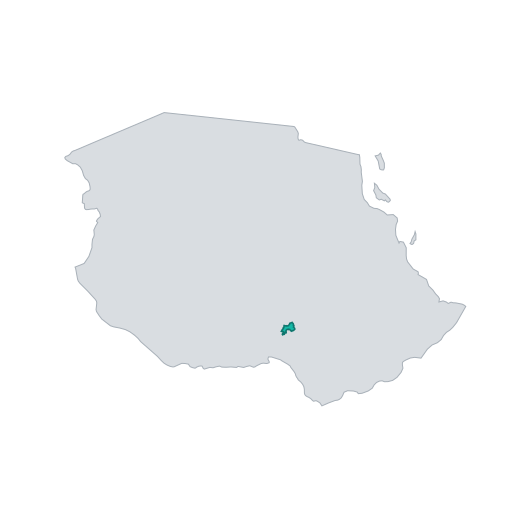 location of Makambako Township Authority, Njombe, United Republic of Tanzania, rotated 337°
{"feature_id": "72390352B34261430797900", "entity_name": "Makambako Township Authority", "entity_type": "district", "adm_level": 2, "iso_a3": "TZA", "parent_name": "United Republic of Tanzania", "parent_adm1": "Njombe", "projection": "mercator", "projection_center": [34.908, -8.902], "detail": "fine", "context": "in_parent", "style": "filled", "palette": "teal", "viewbox_px": 512, "rotation_deg": 337, "n_neighbors": 0, "source": "geoboundaries", "source_scale": "gbopen_adm2", "svg_char_len": 6580}
<svg xmlns="http://www.w3.org/2000/svg" viewBox="0 0 512 512"><g transform="rotate(337 256 256)"><path d="M194.6,351.0L189.5,348.3L184.9,346.7L181.1,344.9L179.4,343.1L175.9,342.4L172.8,342.1L170.0,340.5L164.2,339.9L163.5,338.8L163.4,336.4L162.4,335.7L160.3,335.1L158.0,335.1L156.6,335.5L155.8,335.3L153.9,333.9L152.1,332.1L151.5,329.1L148.8,327.3L145.7,325.8L137.2,326.0L135.9,325.5L133.8,324.0L131.5,321.6L129.5,318.8L127.9,315.1L126.1,310.0L116.4,289.8L115.3,285.9L113.4,281.7L110.3,276.5L107.0,272.7L102.5,269.1L97.4,265.7L94.7,263.3L89.4,253.8L88.3,249.4L87.5,244.8L87.8,242.9L91.1,237.0L91.5,235.3L91.1,233.1L89.4,228.3L87.4,222.6L83.2,212.2L82.6,209.6L82.7,207.6L85.1,197.0L85.1,195.5L94.9,195.7L102.0,191.1L108.3,184.2L109.5,181.3L112.0,176.8L114.5,174.6L115.5,173.1L116.9,168.7L120.2,165.7L123.4,163.4L122.7,161.7L123.2,161.1L124.9,160.0L128.3,158.9L128.9,156.6L128.9,153.9L128.4,152.5L128.5,150.8L128.0,149.8L125.8,149.6L122.5,148.3L119.7,147.7L117.9,147.0L117.2,146.4L116.9,144.8L118.4,140.8L116.9,139.1L120.3,132.4L120.9,131.6L122.2,131.5L124.1,130.8L125.9,130.5L127.4,130.7L128.5,130.5L129.5,129.7L130.3,127.4L131.0,123.6L130.6,120.5L129.2,118.1L128.8,114.5L129.4,109.6L129.0,105.6L127.4,102.3L125.8,100.4L123.4,99.5L119.5,94.5L118.3,92.1L118.5,90.6L119.9,90.0L122.3,90.2L124.6,89.6L126.8,88.3L128.9,87.9L130.0,88.1L227.5,88.1L341.6,151.7L342.1,152.5L343.0,158.0L342.8,159.8L341.0,163.0L340.5,164.7L340.5,165.8L340.9,166.3L342.4,166.4L343.7,167.2L344.2,167.8L345.1,170.1L346.4,171.3L389.7,202.6L390.7,203.1L390.1,205.7L387.6,212.1L387.5,214.8L386.6,217.9L385.6,220.0L383.1,228.9L381.0,232.3L378.2,240.2L377.7,246.2L379.3,250.4L379.9,254.4L383.2,258.2L385.9,259.6L387.7,261.4L390.9,265.5L392.8,269.5L398.5,271.5L400.8,276.1L400.0,279.2L397.3,281.8L394.8,286.0L392.8,291.6L392.7,300.0L394.1,298.8L397.1,300.8L397.5,307.1L394.4,314.3L393.4,317.7L393.3,320.7L395.6,329.4L399.0,333.8L398.8,335.2L397.9,336.4L403.8,344.2L403.3,351.1L405.5,356.4L406.5,361.0L407.9,364.6L408.2,367.0L406.4,369.8L410.7,370.4L413.2,372.7L414.4,374.8L417.5,374.7L419.2,376.1L421.7,377.3L427.0,380.9L428.5,382.7L429.4,384.4L414.6,395.7L409.2,398.6L405.4,400.0L401.4,400.7L397.5,402.5L393.8,405.3L389.1,406.7L383.4,406.7L377.4,408.7L368.0,414.5L362.5,411.3L358.2,410.2L353.2,410.3L350.2,410.7L349.1,411.4L348.2,413.4L347.4,416.7L344.1,419.8L338.4,422.8L333.2,423.9L328.4,423.2L325.1,421.9L323.4,420.2L320.9,419.4L317.6,419.5L314.4,420.8L311.4,423.1L306.6,424.1L300.0,423.8L296.4,422.7L295.9,420.7L293.0,418.4L287.7,415.8L283.8,415.8L281.2,418.3L279.0,419.9L276.9,420.5L275.0,420.6L272.3,419.9L265.0,419.6L258.1,419.7L257.4,416.1L255.9,413.9L254.7,412.6L252.3,412.2L251.6,411.2L250.8,409.0L249.6,407.0L248.1,405.4L247.1,403.9L246.8,402.6L247.0,401.1L248.5,397.4L249.0,394.8L248.8,392.2L248.0,389.5L246.4,386.3L246.5,385.4L246.0,383.3L245.9,381.7L246.2,379.9L245.9,377.4L244.5,372.1L244.5,370.7L243.0,368.1L238.4,362.0L238.2,361.3L230.9,355.1L228.1,353.8L227.0,355.0L226.6,356.0L226.9,358.0L226.7,358.9L226.4,359.4L224.7,359.3L223.7,359.1L220.9,357.5L218.8,357.0L213.5,357.3L211.6,357.7L210.2,357.4L207.4,354.6L204.1,354.0L201.1,353.8L196.3,350.6L194.6,351.0ZM399.3,249.5L401.6,256.1L401.3,257.4L399.7,258.1L398.8,258.2L397.7,257.1L397.0,254.9L395.7,255.4L393.5,252.7L391.4,252.6L389.5,249.4L390.2,246.6L389.8,241.8L392.1,239.4L393.4,235.3L394.9,238.1L395.3,242.5L397.3,247.6L399.3,249.5ZM410.7,209.8L410.9,211.4L410.4,212.8L410.5,217.6L410.4,220.7L408.6,225.0L407.1,226.6L405.8,226.1L404.8,225.4L403.9,224.2L405.6,216.3L404.8,210.4L408.1,211.0L410.7,209.8ZM406.0,306.0L404.3,306.4L403.6,306.0L402.6,304.7L404.4,303.6L406.1,301.4L410.2,298.2L412.0,295.7L411.8,298.2L409.5,303.6L407.5,303.9L406.0,306.0Z" fill="#d9dde1" stroke="#a8b0b8" stroke-width="1"/><path d="M254.8,330.9L254.7,331.0L254.4,331.2L254.4,331.4L254.4,331.5L254.2,331.9L254.1,332.0L254.0,332.3L253.8,332.4L253.7,332.5L253.7,332.4L253.7,332.5L253.4,332.5L253.2,332.7L253.0,332.8L252.8,332.9L252.8,333.0L252.9,333.3L252.9,333.5L252.7,333.6L252.4,333.6L252.2,333.8L251.9,333.8L251.7,334.0L251.4,334.1L251.2,334.2L251.2,334.3L250.9,334.4L250.9,334.5L250.7,334.7L250.6,334.8L250.4,334.9L250.4,335.0L250.1,335.1L249.9,335.2L250.0,335.3L250.1,335.5L250.3,335.6L250.5,335.7L250.8,335.8L251.1,335.9L251.3,336.0L251.5,336.1L251.6,336.3L251.7,336.5L251.9,336.6L252.0,336.8L252.0,337.0L251.9,337.0L251.7,337.0L251.4,337.0L251.2,337.0L251.2,337.3L251.1,337.5L250.9,337.5L250.8,337.4L250.7,337.5L250.4,337.7L250.3,337.8L250.2,337.9L249.9,338.0L249.6,338.3L249.6,338.5L249.7,338.9L249.7,339.0L249.8,339.0L250.0,338.9L250.3,338.7L250.5,338.6L250.7,338.8L250.8,338.8L250.9,339.0L251.0,339.0L251.4,339.2L251.5,339.2L251.7,338.7L251.9,338.4L252.1,338.1L252.3,338.0L252.6,338.0L252.8,338.2L253.1,338.4L253.3,338.6L253.6,338.6L253.8,338.5L253.9,338.2L254.0,338.1L254.0,337.9L254.0,337.7L254.1,337.4L254.3,337.2L254.3,336.9L254.3,336.7L254.2,336.7L254.3,336.5L254.4,336.4L254.6,336.4L254.8,336.3L254.9,336.2L255.0,336.1L255.2,335.9L255.3,335.9L255.5,335.8L255.8,335.7L256.0,335.7L256.1,335.8L256.3,336.0L256.6,336.1L256.8,336.1L257.1,335.9L257.2,336.0L257.3,336.1L257.2,336.3L257.3,336.4L257.4,336.6L257.5,336.6L257.8,336.7L258.1,336.7L258.3,336.7L258.3,337.0L258.5,337.3L258.6,337.5L258.7,337.8L258.7,338.1L258.8,338.1L258.9,338.3L259.0,338.3L259.1,338.6L259.2,338.8L259.2,339.0L259.3,339.1L259.5,339.3L259.7,339.2L259.9,339.0L260.0,339.0L260.2,338.9L260.3,338.9L260.5,339.0L260.8,339.2L261.0,339.1L261.3,339.2L261.6,339.2L261.8,339.1L262.1,339.0L262.3,338.9L262.5,338.7L262.8,338.7L263.0,338.7L263.1,338.4L263.2,338.2L263.3,338.1L263.3,337.8L263.3,337.7L263.3,337.4L263.2,337.2L263.0,336.8L262.9,336.7L262.8,336.4L262.7,336.3L262.8,336.2L262.9,335.9L263.0,335.9L263.1,335.7L263.3,335.6L263.3,335.4L263.5,335.2L263.7,334.9L263.5,334.6L263.4,334.5L263.3,334.4L263.4,334.1L263.5,334.0L263.5,333.9L263.6,333.7L263.7,333.4L263.8,333.4L263.8,333.2L263.8,332.9L263.8,332.7L263.7,332.3L263.6,332.2L263.4,331.9L263.3,331.7L263.3,331.3L263.3,331.2L263.2,331.2L262.9,331.2L262.8,331.3L262.6,331.3L262.4,331.3L262.2,331.3L261.8,331.2L261.7,331.1L261.4,331.1L261.2,331.1L260.8,331.1L260.7,331.1L260.5,331.4L260.5,331.6L260.4,331.7L260.3,331.8L260.2,331.9L260.2,332.0L259.9,332.1L259.7,332.2L259.4,332.3L259.2,332.4L259.0,332.5L258.9,332.6L258.7,332.8L258.6,332.7L258.4,332.7L258.2,332.6L257.9,332.6L257.7,332.7L257.4,332.5L257.2,332.5L257.2,332.4L257.1,332.2L256.9,332.1L256.5,332.1L256.4,332.2L256.2,332.1L256.1,331.9L255.9,331.8L255.8,331.7L255.7,331.6L255.4,331.5L255.0,331.2L254.9,331.0L254.8,330.9Z" fill="#14b8a6" stroke="#0f766e" stroke-width="1.5"/></g></svg>